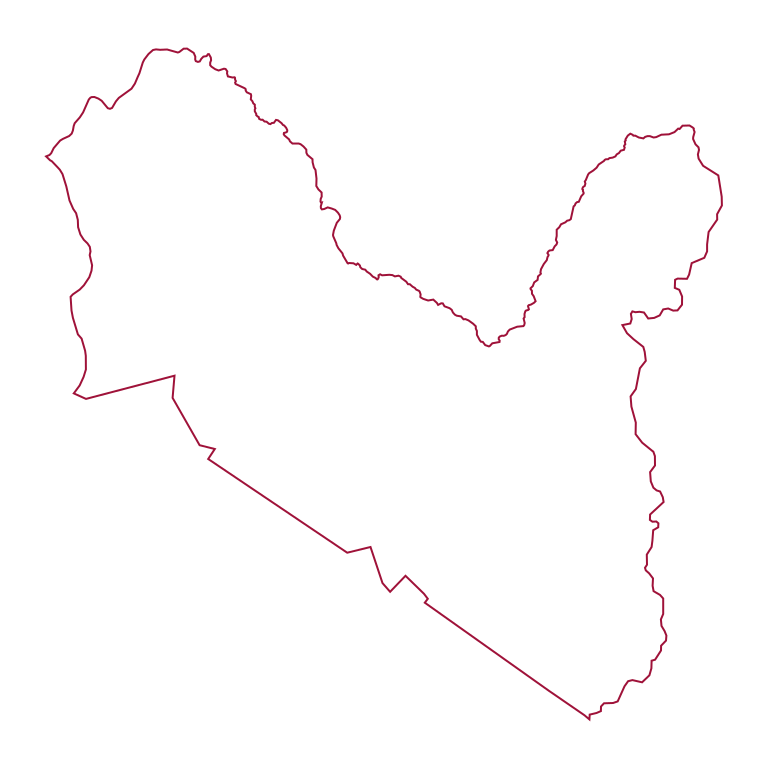 the district of Municipality G, Montevideo, Uruguay
{"feature_id": "84410073B78060489397838", "entity_name": "Municipality G", "entity_type": "district", "adm_level": 2, "iso_a3": "URY", "parent_name": "Uruguay", "parent_adm1": "Montevideo", "projection": "mercator", "projection_center": [-56.252, -34.779], "detail": "fine", "context": "isolated", "style": "outline", "palette": "rose", "viewbox_px": 768, "rotation_deg": 0, "n_neighbors": 0, "source": "geoboundaries", "source_scale": "gbopen_adm2", "svg_char_len": 6003}
<svg xmlns="http://www.w3.org/2000/svg" viewBox="0 0 768 768"><path d="M46.1,156.4L50.1,160.3L51.8,161.2L57.8,167.5L59.8,169.7L62.5,174.1L66.3,186.4L69.5,200.5L73.2,208.9L76.1,213.2L77.8,219.8L78.1,227.2L80.4,234.5L83.8,239.8L87.5,243.4L89.8,246.8L90.5,251.4L89.7,255.1L92.1,265.3L91.5,270.7L89.3,277.2L83.9,285.3L79.7,289.6L72.8,294.4L70.6,296.8L71.5,310.5L72.9,317.8L77.9,334.4L81.6,338.6L85.1,350.7L85.8,355.8L85.9,369.5L83.6,376.9L79.7,385.4L73.8,393.4L86.0,398.9L174.5,375.7L172.6,397.9L199.6,445.2L214.8,449.0L208.2,459.0L347.2,552.7L370.5,547.0L382.5,583.1L390.1,591.8L405.5,575.8L424.0,593.8L427.8,598.8L424.8,602.7L549.2,691.0L584.4,715.2L589.4,719.4L589.7,714.6L596.5,713.0L600.9,711.1L601.0,706.5L604.0,703.3L613.1,703.0L617.7,701.4L624.5,686.3L628.1,681.2L632.4,680.1L642.1,682.3L649.4,675.3L651.4,668.3L651.6,660.7L655.1,659.7L661.0,650.5L661.1,645.7L666.0,640.6L666.4,635.6L664.6,631.1L661.5,625.9L660.9,619.4L663.2,614.0L663.2,598.5L660.0,594.9L653.6,591.2L652.6,585.8L653.0,578.4L649.1,573.3L645.8,570.4L645.0,567.8L647.0,564.7L646.8,554.6L651.6,547.0L652.4,540.8L653.2,530.2L658.2,527.3L658.4,523.3L656.3,521.5L652.4,521.7L649.9,519.9L650.1,514.5L663.6,502.0L662.8,497.2L660.1,491.5L656.6,490.4L653.4,487.7L650.8,481.4L650.1,472.1L655.0,465.5L654.9,456.1L653.4,451.8L642.2,442.7L635.6,434.2L635.8,422.6L631.4,406.6L630.6,396.4L635.9,389.0L639.9,368.3L645.8,360.8L644.7,351.9L643.3,346.9L633.4,339.1L627.0,333.2L622.4,325.1L630.3,323.5L631.7,319.0L630.9,313.9L632.4,311.4L635.4,312.2L639.5,311.8L644.0,312.5L648.2,318.5L654.2,317.9L659.7,315.4L663.2,309.4L668.2,308.5L673.2,310.6L677.5,310.4L682.0,304.7L682.1,296.5L679.3,289.8L674.8,287.9L675.1,279.8L677.6,278.6L687.0,278.8L689.1,274.6L691.7,263.1L704.3,257.8L707.1,251.4L707.1,244.4L708.6,232.0L717.2,219.6L717.1,214.2L721.9,205.5L721.7,196.7L718.3,175.4L703.1,165.8L698.6,158.6L697.9,154.4L699.0,149.9L698.5,147.3L695.5,144.3L693.1,139.0L693.2,137.1L694.6,132.0L693.7,129.6L693.8,128.5L692.7,127.5L689.5,125.5L682.5,125.7L679.6,129.0L678.2,128.6L674.5,132.1L669.0,134.3L661.4,134.7L656.2,137.1L653.6,137.5L649.8,136.1L647.6,136.1L645.1,136.9L643.4,138.4L638.8,137.5L635.4,135.7L633.4,135.7L632.7,134.8L630.3,133.7L627.8,135.6L625.5,139.3L625.7,140.5L624.8,141.4L625.3,144.3L624.2,145.6L624.1,146.5L624.7,147.4L624.0,149.8L620.7,150.7L619.0,153.0L616.7,154.4L615.4,156.4L612.7,157.6L609.4,158.1L608.2,159.2L605.8,159.3L604.7,159.9L604.0,160.9L598.7,164.5L596.6,167.7L593.3,170.5L589.1,173.2L588.1,174.5L585.8,180.1L584.8,181.5L585.4,183.6L584.7,186.0L583.3,186.8L582.4,188.4L582.4,189.3L583.0,189.8L582.9,191.1L583.6,192.6L583.6,193.6L581.2,196.3L578.8,201.8L577.1,202.1L575.6,203.4L574.8,205.4L573.6,206.4L570.8,219.1L569.3,220.2L567.1,220.7L565.4,222.3L561.0,224.3L559.3,227.2L556.7,229.7L556.7,236.0L555.9,239.9L557.2,242.5L556.5,244.5L554.7,246.3L552.7,250.1L549.5,250.5L548.2,251.6L547.4,253.1L548.6,254.9L548.5,255.5L547.5,257.1L546.8,260.1L543.8,264.0L541.0,269.2L540.4,272.5L540.9,273.5L540.7,274.0L538.0,276.4L537.6,279.9L534.2,282.4L532.8,286.1L530.5,288.3L530.6,289.1L531.9,290.7L532.0,293.8L533.7,296.2L535.6,301.2L534.0,302.8L530.9,304.6L528.7,305.2L528.0,306.1L528.9,309.3L528.1,310.0L526.1,310.5L525.3,311.3L524.5,314.0L524.6,317.2L523.6,318.5L524.7,323.0L524.2,325.1L523.4,326.1L517.2,326.7L509.7,329.6L507.9,331.5L506.9,333.9L505.6,335.1L503.8,335.8L501.8,335.7L499.8,336.5L498.8,337.6L498.7,339.1L499.7,340.7L499.5,342.0L492.3,343.3L489.7,346.1L488.9,346.4L485.2,345.1L482.8,341.9L480.9,341.7L479.6,339.9L476.9,334.8L476.9,331.0L475.8,328.6L475.8,326.3L473.1,323.7L468.5,320.4L465.4,319.1L463.5,319.3L461.0,316.4L456.7,315.7L454.9,314.7L452.9,312.5L451.7,309.8L449.6,308.2L444.5,306.3L442.8,303.4L441.2,303.3L438.1,304.9L436.9,302.9L433.3,299.6L428.1,300.5L423.3,298.9L420.7,297.4L420.3,296.9L420.6,294.4L419.6,291.5L418.9,290.8L416.2,289.6L414.8,287.9L412.6,286.7L409.8,284.2L408.0,284.2L406.3,281.7L401.3,278.0L400.7,276.7L398.5,275.7L394.9,276.4L392.4,275.1L389.3,274.8L382.1,275.3L380.1,274.3L378.5,275.3L378.7,277.2L378.1,278.7L377.5,279.4L376.8,279.3L375.6,278.0L372.8,276.6L370.1,273.8L366.7,271.5L365.3,269.7L362.2,269.0L360.3,267.2L359.9,265.5L358.2,263.8L357.6,263.5L356.2,264.9L353.5,263.3L349.0,263.0L348.1,263.5L347.5,263.1L343.1,255.6L342.5,253.4L338.4,248.3L336.6,244.9L336.3,243.3L333.3,236.4L333.0,235.0L333.8,230.7L336.8,222.8L339.9,219.0L340.2,217.2L339.7,215.3L337.9,212.6L335.2,209.9L331.6,208.5L327.7,207.4L324.2,209.0L321.9,209.4L320.9,208.1L320.8,206.2L321.9,202.5L321.1,202.7L320.5,201.6L320.7,198.9L321.7,196.6L321.6,192.5L318.4,189.4L316.3,186.0L316.5,178.6L315.5,170.0L313.9,167.5L312.6,162.3L312.5,159.2L307.4,154.9L306.4,152.8L306.3,149.6L303.5,146.5L300.6,144.2L298.6,143.5L292.4,143.5L290.0,141.4L289.1,139.4L284.4,135.4L283.7,134.1L284.0,132.9L285.8,132.5L287.1,131.7L287.3,130.2L286.1,127.7L284.2,125.5L282.9,124.9L281.6,123.2L277.9,120.3L276.0,119.9L273.9,122.8L271.9,123.0L270.4,124.1L268.8,123.7L266.6,121.7L264.5,121.5L262.6,119.7L261.1,119.8L259.2,118.9L258.6,116.9L257.6,116.5L256.2,115.1L256.3,114.0L254.8,111.3L254.8,109.3L255.4,108.3L254.8,106.8L254.8,104.6L253.3,103.4L252.4,101.2L250.8,99.4L251.2,95.8L250.9,94.2L246.8,92.3L245.7,90.6L245.7,89.2L244.8,88.3L235.6,84.0L235.1,82.6L235.9,81.1L235.1,79.7L235.0,77.8L234.6,77.3L232.4,77.5L227.9,76.4L227.0,73.3L227.3,71.4L225.6,69.0L224.0,68.7L218.6,70.5L215.2,69.2L211.4,66.6L210.2,65.2L210.2,62.6L211.1,60.2L210.8,57.5L208.9,54.1L207.9,54.2L206.6,56.1L203.4,56.6L201.3,58.8L199.8,61.4L197.9,61.9L195.8,61.1L195.2,59.5L195.3,56.6L193.7,52.9L187.1,48.6L183.6,48.7L179.3,52.0L177.8,52.5L167.1,49.5L160.1,49.8L156.0,49.4L153.0,50.0L148.5,54.0L144.3,59.5L142.8,62.5L139.4,73.3L137.7,77.0L134.9,83.6L131.5,88.7L118.8,97.9L115.9,101.4L112.1,107.9L110.0,108.8L107.8,108.2L101.7,100.8L98.4,98.6L94.4,97.0L91.6,97.1L90.4,97.7L88.8,99.5L83.1,112.4L79.8,117.4L74.7,123.2L73.7,126.0L72.9,130.5L71.7,133.6L69.2,136.0L62.9,138.9L60.1,140.6L53.7,148.1L51.2,153.2L49.5,155.0L46.1,156.4Z" fill="none" stroke="#9f1239" stroke-width="2"/></svg>